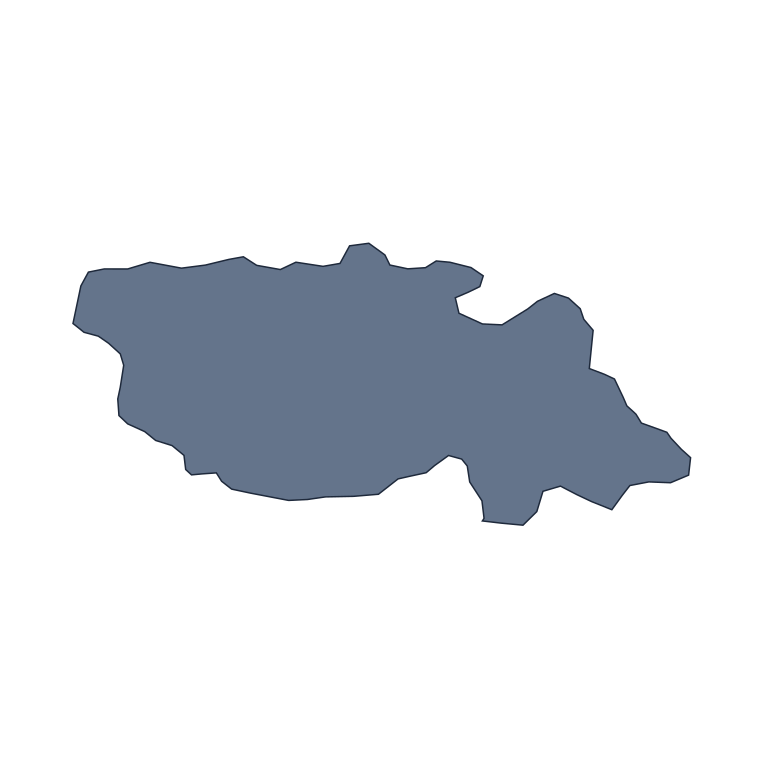 Hylte, Halland, Sweden, rotated 192°
{"feature_id": "70781695B16577787693192", "entity_name": "Hylte", "entity_type": "district", "adm_level": 2, "iso_a3": "SWE", "parent_name": "Sweden", "parent_adm1": "Halland", "projection": "robinson", "projection_center": [13.281, 56.995], "detail": "fine", "context": "isolated", "style": "filled", "palette": "slate", "viewbox_px": 768, "rotation_deg": 192, "n_neighbors": 0, "source": "geoboundaries", "source_scale": "gbopen_adm2", "svg_char_len": 1389}
<svg xmlns="http://www.w3.org/2000/svg" viewBox="0 0 768 768"><g transform="rotate(192 384 384)"><path d="M428.1,518.5L446.4,512.0L452.1,492.8L468.1,486.4L495.5,484.8L509.2,474.4L533.2,473.6L548.0,479.2L561.7,473.6L583.4,463.2L606.2,455.2L638.2,454.4L658.7,443.2L681.5,438.4L696.4,432.0L700.9,416.9L700.8,378.5L696.3,376.3L688.2,372.2L673.4,371.4L661.9,366.6L648.2,358.6L642.5,348.2L641.3,325.9L641.3,314.0L636.7,298.0L626.4,291.7L608.2,287.7L595.6,281.3L578.5,279.7L564.8,272.6L560.2,259.1L553.4,255.1L543.1,258.3L529.5,262.2L522.6,255.1L511.2,249.5L491.8,249.5L453.1,250.3L434.9,255.1L417.8,261.4L390.4,267.8L366.5,275.0L350.5,294.1L340.3,298.8L324.3,306.0L317.5,314.8L306.0,327.5L292.4,326.7L285.5,321.1L279.8,306.0L263.9,290.1L258.2,273.4L259.3,270.5L240.1,272.3L218.7,274.8L208.0,291.0L206.2,312.1L190.2,320.8L172.4,315.9L156.3,312.1L135.0,308.4L127.8,324.6L122.4,335.8L104.6,343.3L83.2,347.0L67.1,358.2L68.8,375.7L79.5,381.9L92.0,390.6L97.3,395.6L124.1,399.3L131.2,406.8L133.8,408.4L141.9,413.1L147.2,420.6L159.6,436.8L170.3,439.3L186.4,441.8L190.6,480.0L202.0,488.8L207.7,498.4L221.4,506.4L236.2,508.0L251.1,496.8L259.1,487.2L268.3,478.4L280.8,466.4L300.2,463.2L325.4,468.8L332.2,483.2L320.8,491.2L310.5,499.2L309.4,510.4L323.1,516.0L344.8,516.8L358.5,515.2L367.6,506.4L384.7,501.6L403.0,501.6L409.9,510.4L428.1,518.5Z" fill="#64748b" stroke="#1e293b" stroke-width="1.5"/></g></svg>